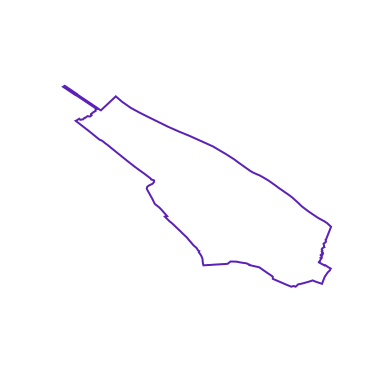 Lielvārde, Keguma, Latvia, rotated 199°
{"feature_id": "27541924B73355249500157", "entity_name": "Lielvārde", "entity_type": "district", "adm_level": 2, "iso_a3": "LVA", "parent_name": "Latvia", "parent_adm1": "Keguma", "projection": "equal_earth", "projection_center": [24.806, 56.72], "detail": "fine", "context": "isolated", "style": "outline", "palette": "violet", "viewbox_px": 384, "rotation_deg": 199, "n_neighbors": 0, "source": "geoboundaries", "source_scale": "gbopen_adm2", "svg_char_len": 4185}
<svg xmlns="http://www.w3.org/2000/svg" viewBox="0 0 384 384"><g transform="rotate(199 192 192)"><path d="M209.6,159.9L209.0,159.6L208.3,159.2L206.7,158.4L205.7,158.0L204.8,157.5L204.2,157.2L202.6,156.6L202.4,156.5L201.7,156.3L201.0,156.0L199.9,155.6L199.4,155.3L198.0,154.7L197.8,154.6L197.5,154.4L197.4,154.4L196.2,153.9L195.6,153.5L194.9,153.3L191.3,151.6L190.2,151.1L189.9,151.0L188.6,150.3L185.3,148.8L184.4,148.4L183.5,148.0L183.0,147.8L182.4,147.5L182.2,147.4L181.3,146.9L181.0,146.7L180.6,146.4L179.3,145.6L177.0,144.3L175.3,143.3L173.3,142.1L173.0,142.0L169.8,140.7L169.2,140.4L168.3,139.6L167.5,138.9L166.7,138.5L166.0,138.4L165.9,138.4L166.0,137.3L165.0,136.6L164.4,136.2L162.5,134.7L161.6,133.7L160.6,132.6L159.9,131.3L159.8,131.1L159.2,129.6L158.3,127.9L157.8,127.1L157.3,126.4L155.3,127.2L153.5,128.0L151.7,128.7L149.5,129.6L148.9,129.9L143.6,132.1L140.7,133.3L137.7,134.5L136.1,135.2L135.7,135.4L135.3,135.6L135.0,135.7L134.8,135.9L133.0,138.8L129.6,139.9L128.2,140.3L127.0,140.7L124.3,141.0L120.8,141.6L118.7,142.0L117.4,142.3L116.5,142.2L114.4,142.0L113.9,142.0L113.9,141.6L103.9,142.7L95.1,140.2L88.1,138.3L87.3,136.2L72.4,135.1L72.2,135.1L71.3,135.0L70.6,135.0L67.3,134.8L65.9,135.8L65.5,136.1L65.2,136.2L63.2,136.2L61.5,139.3L58.2,141.2L57.9,141.4L52.4,145.2L49.1,147.7L46.7,147.5L39.2,147.5L38.9,155.0L37.5,160.1L37.2,160.8L36.8,161.5L36.4,162.2L36.3,162.5L36.2,162.8L35.9,164.8L38.4,165.2L40.7,165.8L41.5,166.0L42.4,166.2L42.5,166.0L42.6,165.7L45.7,166.2L48.9,166.7L49.1,166.8L49.0,167.1L48.7,167.5L49.0,167.6L48.8,168.0L48.7,168.3L48.7,168.5L48.6,168.8L48.6,169.0L48.5,169.5L48.4,169.9L48.3,170.4L48.3,171.0L48.7,171.3L48.2,171.5L48.4,171.9L47.9,172.3L48.1,172.9L48.2,173.0L48.4,173.0L48.5,173.3L48.7,173.7L49.3,173.8L49.7,174.0L49.8,174.3L49.7,174.4L49.6,174.5L49.4,174.6L49.2,174.6L48.8,174.6L48.7,174.5L48.5,174.4L48.4,174.5L48.3,174.8L48.3,175.2L48.2,175.5L48.4,175.7L48.5,175.8L48.8,176.0L49.1,176.0L49.0,176.4L48.8,176.5L48.7,176.6L48.4,176.7L48.2,176.8L48.2,177.0L48.3,177.1L48.5,177.2L48.6,177.3L49.1,177.4L49.3,177.5L49.6,177.6L49.7,177.8L49.9,177.9L49.8,178.1L49.7,178.4L49.7,178.7L49.6,178.9L49.6,179.0L49.9,179.3L50.0,179.4L50.5,179.6L50.6,179.8L50.5,180.0L50.7,180.3L50.5,180.9L50.5,181.0L49.8,182.0L49.4,182.7L49.0,182.9L49.1,183.0L49.4,183.2L49.9,184.6L50.8,185.9L50.5,186.4L50.4,186.6L50.1,186.8L49.9,187.1L49.6,187.6L49.5,187.8L49.3,188.1L49.2,188.7L49.4,189.2L49.7,189.3L49.8,189.9L50.1,190.4L49.8,190.8L49.2,204.4L54.2,206.6L57.4,207.4L62.3,208.2L64.9,208.7L72.4,210.7L76.3,211.8L83.3,214.1L88.5,216.5L95.1,219.3L97.9,220.3L111.4,224.1L115.7,225.5L123.3,227.7L128.4,228.8L133.4,229.7L137.8,230.0L140.8,230.3L144.2,231.0L157.8,235.0L162.7,236.6L173.6,239.2L177.3,239.9L186.9,241.9L197.7,242.9L211.9,244.2L223.8,244.9L235.9,245.9L259.5,248.9L267.6,250.0L277.3,251.6L287.6,254.6L295.2,257.6L304.7,239.6L305.7,239.7L306.7,240.0L320.0,243.6L334.1,247.3L333.8,247.5L346.9,251.0L348.1,249.5L347.7,249.4L346.0,249.0L339.8,247.3L333.7,245.7L333.5,245.9L308.8,239.4L308.9,239.2L309.5,239.0L310.0,238.8L309.9,237.9L309.9,237.5L309.6,237.1L310.5,236.2L311.2,235.2L311.9,234.6L312.0,234.0L312.1,233.6L312.5,233.1L312.9,232.8L312.6,232.0L312.0,231.7L312.5,230.9L313.1,230.1L314.3,229.9L315.5,229.7L315.9,229.1L316.3,228.6L316.5,228.3L316.9,227.5L317.8,227.1L318.1,226.4L318.6,225.3L318.8,225.1L319.3,224.9L319.7,224.7L321.1,223.9L322.4,224.5L322.6,224.0L323.1,223.8L324.4,222.1L325.1,221.4L324.2,221.1L316.8,218.6L309.7,216.2L297.1,211.6L296.4,211.3L294.2,211.3L292.3,210.7L290.1,209.9L287.8,209.2L284.5,208.0L281.2,206.8L277.9,205.6L274.6,204.4L268.2,202.1L264.3,200.7L264.1,200.6L254.3,197.2L248.8,195.5L243.0,193.8L236.1,191.5L235.2,191.1L234.9,190.6L231.6,190.6L231.4,189.7L231.2,188.8L232.1,186.8L234.5,184.5L235.9,182.7L236.0,181.3L235.9,180.5L235.2,179.7L230.0,175.0L229.0,174.1L227.7,173.0L226.0,171.3L223.7,169.0L222.8,168.4L220.4,167.6L219.3,167.2L218.0,166.8L217.9,166.7L217.3,166.4L216.6,166.1L216.1,165.8L215.4,165.5L215.3,165.4L214.2,164.8L212.8,164.0L212.3,163.7L210.8,162.9L208.8,161.7L208.4,161.5L208.0,161.3L207.8,161.2L207.6,161.1L208.0,160.8L208.5,160.5L209.1,160.2L209.6,159.9Z" fill="none" stroke="#5b21b6" stroke-width="2"/></g></svg>